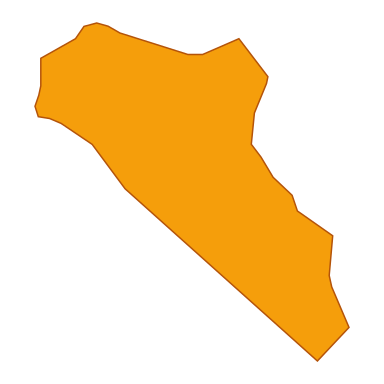 the Municipality of Dobrepolje
{"feature_id": "SVN-253", "entity_name": "Dobrepolje", "entity_type": "Municipality", "adm_level": 1, "iso_a3": "SVN", "parent_name": "Slovenia", "parent_adm1": "", "projection": "equal_earth", "projection_center": [14.721, 45.817], "detail": "fine", "context": "isolated", "style": "filled", "palette": "amber", "viewbox_px": 384, "rotation_deg": 0, "n_neighbors": 0, "source": "natural_earth", "source_scale": "10m", "svg_char_len": 479}
<svg xmlns="http://www.w3.org/2000/svg" viewBox="0 0 384 384"><path d="M238.9,38.7L267.9,76.7L266.5,83.5L254.4,113.0L251.3,144.3L261.0,157.1L273.1,177.3L292.1,195.3L297.4,211.0L332.7,235.8L329.2,275.5L331.7,286.9L349.0,327.4L317.4,361.0L125.1,188.8L92.2,144.4L61.1,123.4L49.6,118.5L38.3,116.7L35.0,106.3L38.8,95.2L40.8,85.9L40.8,58.3L75.5,38.7L84.0,26.4L96.7,23.0L108.1,26.2L119.9,33.0L187.9,54.5L202.6,54.5L238.9,38.7Z" fill="#f59e0b" stroke="#b45309" stroke-width="1.5"/></svg>